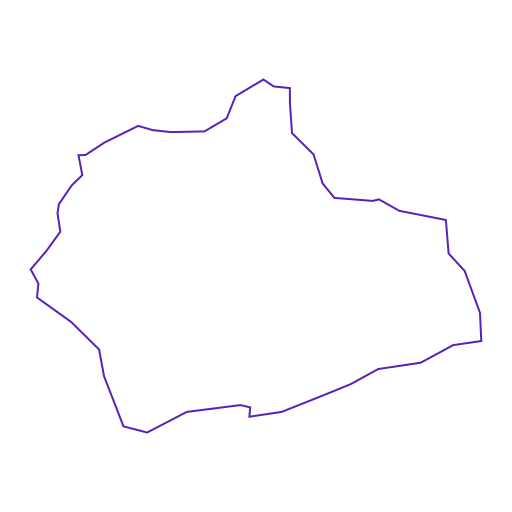 outline of Agios Georgios, Paphos, Cyprus
{"feature_id": "46923920B97562378174172", "entity_name": "Agios Georgios", "entity_type": "district", "adm_level": 2, "iso_a3": "CYP", "parent_name": "Cyprus", "parent_adm1": "Paphos", "projection": "equal_earth", "projection_center": [32.652, 34.784], "detail": "fine", "context": "isolated", "style": "outline", "palette": "violet", "viewbox_px": 512, "rotation_deg": 0, "n_neighbors": 0, "source": "geoboundaries", "source_scale": "gbopen_adm2", "svg_char_len": 721}
<svg xmlns="http://www.w3.org/2000/svg" viewBox="0 0 512 512"><path d="M78.5,155.2L82.3,175.1L71.6,185.5L58.9,204.2L57.5,213.1L60.3,231.7L46.5,250.8L30.7,269.4L38.4,283.6L37.0,297.5L71.2,322.0L99.1,349.5L104.0,376.1L123.5,426.4L147.1,432.5L186.8,411.9L240.4,405.1L250.2,407.4L249.4,416.7L281.6,411.9L320.9,396.3L350.7,384.1L378.3,369.0L420.7,362.7L453.2,345.1L481.3,341.0L481.1,337.1L480.0,312.9L464.7,271.0L448.6,253.5L445.9,220.0L399.2,210.8L379.0,199.4L372.7,200.9L334.4,197.9L322.6,183.4L313.6,154.5L292.0,133.1L289.9,102.7L289.9,88.1L273.6,86.4L263.4,79.5L235.6,96.1L226.7,118.3L204.5,131.4L171.0,132.1L152.6,130.1L138.1,125.9L104.5,142.5L85.5,155.0L78.5,155.2Z" fill="none" stroke="#5b21b6" stroke-width="2"/></svg>